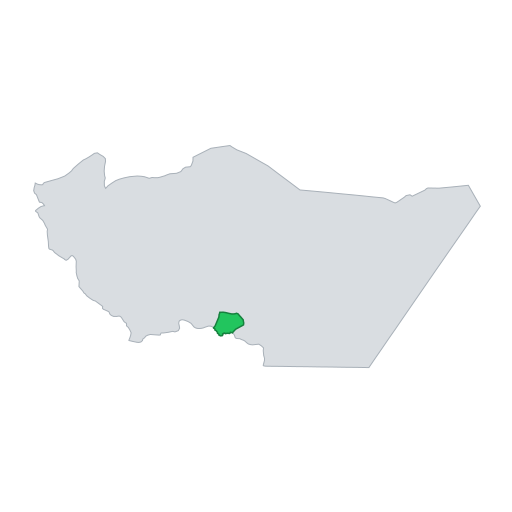 Dar-Tama, Wadi Fira, Chad shown in context, rotated 91°
{"feature_id": "50815135B35128958764518", "entity_name": "Dar-Tama", "entity_type": "district", "adm_level": 2, "iso_a3": "TCD", "parent_name": "Chad", "parent_adm1": "Wadi Fira", "projection": "equal_earth", "projection_center": [22.272, 14.447], "detail": "fine", "context": "in_parent", "style": "filled", "palette": "green", "viewbox_px": 512, "rotation_deg": 91, "n_neighbors": 0, "source": "geoboundaries", "source_scale": "gbopen_adm2", "svg_char_len": 4904}
<svg xmlns="http://www.w3.org/2000/svg" viewBox="0 0 512 512"><g transform="rotate(91 256 256)"><path d="M365.6,141.2L365.6,153.6L365.7,166.0L365.7,178.4L365.8,190.8L365.8,203.2L365.9,215.7L365.9,228.1L366.0,240.6L366.0,244.7L365.7,246.4L365.6,246.6L365.2,246.9L360.3,245.7L358.1,245.7L355.1,246.6L350.6,247.1L347.7,246.9L345.7,249.1L344.1,251.7L344.9,257.9L344.7,259.9L344.1,262.1L342.8,263.9L341.4,265.4L340.6,266.7L339.6,269.5L338.9,270.8L338.9,272.6L338.7,274.4L337.9,275.4L335.8,276.1L334.4,276.9L333.4,278.3L332.6,279.2L333.0,280.5L333.6,282.3L333.9,285.1L334.1,286.7L335.1,288.0L335.7,289.0L335.9,290.2L335.3,291.1L332.8,293.2L331.8,293.9L330.6,294.9L330.1,295.3L328.3,297.2L327.3,298.9L326.9,300.3L326.9,302.3L327.9,305.2L328.9,307.7L329.3,309.6L329.5,311.6L329.4,313.6L328.9,315.3L328.0,316.8L324.5,319.7L322.7,322.8L321.3,326.7L321.0,328.8L321.4,330.2L322.1,331.4L323.1,331.9L324.7,332.1L327.2,331.5L329.5,331.1L332.0,332.4L333.3,335.7L332.8,338.0L333.8,342.3L334.6,347.4L334.6,349.2L334.9,349.8L336.5,350.2L336.8,351.4L336.3,360.4L337.1,363.0L338.1,364.8L339.3,365.7L340.5,366.9L341.1,367.8L342.5,368.0L344.0,369.6L344.5,371.8L344.3,373.9L343.4,378.5L342.7,381.6L341.8,381.4L340.0,380.7L337.8,380.0L335.0,379.5L332.4,380.7L329.6,382.4L328.7,383.6L327.9,384.3L326.7,384.2L325.5,384.4L324.9,385.5L323.9,386.8L319.8,389.5L319.0,390.4L318.5,391.4L318.5,392.4L318.9,394.6L318.9,397.3L318.0,399.5L316.9,400.9L315.7,401.5L314.7,401.8L314.0,402.7L311.9,407.7L311.0,408.6L309.1,408.4L303.8,415.8L303.2,418.0L301.3,421.1L298.8,424.5L296.6,426.2L296.4,426.8L295.8,427.5L294.4,428.3L289.7,432.5L284.0,432.3L281.5,433.9L279.0,434.7L275.5,435.5L274.4,435.4L269.8,435.7L264.4,435.6L262.4,436.2L260.4,437.8L259.0,439.2L258.8,439.7L259.0,440.2L258.9,440.7L262.7,444.1L263.6,445.8L262.7,447.5L262.2,447.7L262.2,447.8L261.5,449.1L259.3,453.0L256.0,457.5L254.2,458.9L253.6,459.7L252.7,462.7L252.1,463.2L249.8,463.6L245.2,463.9L238.9,464.9L235.1,465.2L232.8,464.9L229.4,467.0L228.3,467.6L227.5,467.8L224.2,469.8L221.5,472.9L220.5,473.5L216.7,474.9L215.2,477.1L214.4,477.2L212.0,474.4L210.3,471.8L209.5,469.1L209.4,468.3L209.0,468.5L207.6,469.6L206.4,470.9L205.9,473.5L201.9,475.2L198.5,476.6L197.0,478.5L194.6,479.4L191.6,479.0L189.2,478.3L186.9,478.0L188.0,475.7L188.4,474.0L188.6,471.9L188.4,470.5L187.0,469.8L186.2,468.7L184.2,462.1L182.2,455.3L179.4,448.6L176.3,444.4L174.0,441.8L173.3,441.4L172.2,440.6L171.4,439.9L167.2,435.3L163.0,430.3L161.9,428.0L159.8,424.5L157.4,421.0L156.2,419.4L155.6,416.4L157.3,413.8L159.1,410.5L161.3,408.3L164.1,408.1L168.8,409.0L173.8,409.3L178.7,408.7L180.0,408.2L181.3,408.2L184.0,409.0L188.6,408.8L191.0,407.5L188.4,405.2L185.7,401.5L183.1,397.6L181.6,394.0L180.2,389.3L178.9,383.6L178.1,376.1L178.3,371.9L178.7,368.9L180.2,364.1L179.3,361.2L179.5,358.9L179.4,355.5L179.0,353.7L177.2,348.0L176.8,347.4L175.3,343.5L174.7,336.9L172.9,332.6L170.0,330.5L168.4,327.9L167.9,323.4L166.7,322.3L162.2,320.7L158.4,320.7L155.7,315.6L152.3,309.1L149.1,303.0L147.1,290.9L146.0,284.0L147.4,281.9L150.2,277.0L153.7,267.6L161.7,253.0L165.7,245.6L173.8,234.5L183.6,220.9L189.2,213.2L190.2,199.2L191.3,184.5L192.2,173.4L193.2,160.2L194.1,149.2L194.8,141.3L195.7,129.9L196.3,127.8L200.2,118.9L200.5,117.7L199.9,116.2L194.6,108.7L193.0,107.0L192.1,103.1L193.5,100.9L187.2,88.3L185.7,86.8L185.0,85.3L185.0,83.0L185.0,74.3L183.5,60.7L181.6,44.9L189.2,40.4L194.9,37.0L202.3,32.6L208.9,37.1L218.6,43.5L228.3,50.0L238.0,56.5L247.7,63.0L257.5,69.5L267.2,76.0L277.0,82.5L286.8,89.0L296.6,95.5L306.4,102.0L316.2,108.5L326.1,115.0L335.9,121.6L345.8,128.1L355.7,134.7L365.6,141.2Z" fill="#d9dde1" stroke="#a8b0b8" stroke-width="1"/><path d="M328.7,297.2L328.8,297.1L329.1,296.7L329.4,296.0L329.6,295.9L329.8,295.8L330.1,295.8L330.6,295.7L330.8,295.7L331.2,294.8L331.4,294.4L332.0,294.1L332.9,293.2L333.7,293.2L333.8,293.2L334.1,292.9L334.4,292.3L334.8,291.8L335.1,291.7L335.8,291.6L335.9,291.4L336.0,291.1L336.5,289.8L336.5,289.7L336.4,289.3L336.2,289.0L336.1,288.6L336.2,288.3L336.1,288.2L335.8,288.0L335.6,288.0L335.4,287.9L335.1,287.9L334.8,287.8L334.6,287.8L334.4,287.9L334.1,287.4L334.0,287.2L333.8,286.9L333.7,286.7L333.6,286.2L333.6,285.9L334.0,285.6L334.2,285.4L334.2,285.2L334.1,284.7L333.9,284.4L333.9,284.2L333.7,283.1L333.7,282.8L333.8,282.7L333.8,282.0L333.9,281.5L333.9,281.1L333.8,280.9L333.7,280.8L333.0,280.1L332.9,280.1L332.8,280.3L332.7,280.3L332.7,280.2L333.2,278.2L331.9,277.2L330.9,276.3L329.6,275.1L329.0,274.1L327.3,271.1L326.6,269.9L326.3,269.3L325.1,267.3L323.3,267.1L323.1,267.1L321.9,267.4L320.0,267.7L319.0,268.6L318.1,269.4L317.4,270.0L316.5,270.9L315.3,272.0L314.2,272.9L313.6,274.5L314.1,275.8L314.3,277.0L314.4,279.1L313.8,282.3L313.1,285.4L312.8,287.7L312.9,291.2L314.3,291.5L315.4,291.9L316.0,291.9L317.8,292.1L320.0,293.0L324.3,294.7L325.0,295.0L326.5,295.6L327.4,296.2L328.2,297.0L328.6,297.2L328.7,297.2Z" fill="#22c55e" stroke="#15803d" stroke-width="1.5"/></g></svg>